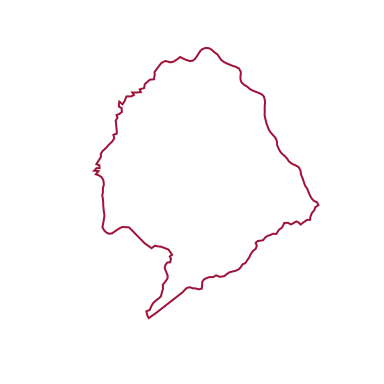 outline of Santa Tereza do Tocantins, Tocantins, Brazil, rotated 126°
{"feature_id": "56859067B62208923479169", "entity_name": "Santa Tereza do Tocantins", "entity_type": "district", "adm_level": 2, "iso_a3": "BRA", "parent_name": "Brazil", "parent_adm1": "Tocantins", "projection": "orthographic", "projection_center": [-47.736, -10.292], "detail": "fine", "context": "isolated", "style": "outline", "palette": "rose", "viewbox_px": 384, "rotation_deg": 126, "n_neighbors": 0, "source": "geoboundaries", "source_scale": "gbopen_adm2", "svg_char_len": 2908}
<svg xmlns="http://www.w3.org/2000/svg" viewBox="0 0 384 384"><g transform="rotate(126 192 192)"><path d="M319.5,152.9L311.7,150.2L278.4,140.6L275.0,140.3L272.3,139.6L270.1,137.5L269.6,135.0L268.0,132.7L266.8,129.3L264.4,127.3L261.1,129.3L258.5,130.9L255.7,131.0L252.8,129.4L250.4,127.7L248.3,124.8L245.3,123.5L244.2,119.5L241.2,116.5L237.6,115.5L234.8,114.4L232.5,112.5L230.0,110.3L226.6,108.6L223.7,108.4L220.8,108.6L218.2,107.1L215.1,107.2L211.1,107.3L207.6,108.0L204.2,108.1L200.5,107.1L197.4,107.9L195.8,110.6L192.8,109.9L191.2,108.0L189.2,106.2L185.5,106.0L182.8,104.9L180.4,103.1L178.1,101.9L176.4,99.1L173.6,99.4L171.1,99.4L168.4,98.4L165.9,98.5L162.8,99.2L160.5,96.2L160.1,92.9L157.9,91.8L154.5,90.3L154.0,87.8L154.5,85.0L150.8,83.9L146.9,82.5L145.0,80.1L142.6,81.6L138.9,82.6L134.8,82.4L131.7,83.3L128.3,82.0L126.8,84.8L127.5,88.0L127.0,90.9L125.6,94.3L123.7,97.5L121.6,100.7L120.4,104.2L118.4,107.1L116.1,110.3L113.9,113.9L110.8,117.0L109.2,120.2L109.6,124.0L110.5,128.2L110.2,131.7L109.0,135.0L108.4,138.0L108.2,141.2L107.5,144.3L105.6,148.1L103.8,150.9L101.1,153.1L99.2,156.1L98.4,159.7L97.6,163.4L96.4,166.5L94.4,169.6L92.7,172.1L90.8,174.3L88.8,176.8L86.8,178.7L84.5,180.2L82.4,181.8L79.8,183.6L76.4,185.7L74.3,187.7L72.5,190.0L72.0,192.5L72.4,195.2L73.1,198.1L74.2,202.2L74.7,205.7L74.3,208.9L74.7,212.9L74.2,216.4L72.7,218.6L70.7,220.3L68.6,221.5L66.2,223.0L64.5,226.5L65.1,230.5L66.1,233.5L66.7,235.9L67.5,239.2L68.1,243.0L68.0,245.9L67.1,248.6L65.8,252.1L65.7,256.9L65.3,260.1L65.8,263.0L67.5,265.8L70.6,267.7L73.1,268.2L76.4,268.0L79.8,267.8L83.0,267.9L85.4,268.7L87.5,271.0L88.7,274.9L89.4,278.2L89.7,280.9L93.7,282.1L97.4,283.6L99.6,285.4L101.6,290.5L105.6,292.6L109.6,292.8L113.1,292.8L117.1,292.8L119.2,291.0L123.2,289.1L125.9,292.1L132.5,293.6L136.0,291.8L139.7,294.6L141.3,292.1L144.3,295.6L146.6,298.8L147.7,296.0L150.4,297.4L153.2,301.2L158.3,299.9L161.9,299.8L161.6,303.9L163.8,302.9L165.9,301.2L165.4,298.3L168.5,295.8L171.7,296.7L174.1,298.3L175.7,295.9L179.1,295.7L182.5,292.6L185.3,290.1L188.9,287.2L192.0,289.2L194.1,286.5L197.7,286.2L202.8,287.1L205.8,287.3L211.3,288.4L214.7,288.2L217.2,286.3L225.7,285.7L224.8,282.7L227.0,280.8L228.9,283.2L232.3,283.7L230.1,279.9L234.2,280.2L233.3,277.4L233.1,274.0L234.3,271.1L236.2,269.0L238.3,267.4L241.0,266.5L244.6,263.9L247.4,262.7L249.4,260.6L251.9,258.3L254.9,256.0L259.0,252.4L262.5,249.0L267.7,246.3L273.1,243.8L274.7,240.5L275.1,237.3L274.5,234.4L272.4,232.4L266.3,230.2L263.3,229.0L261.1,227.6L257.6,222.1L261.3,200.1L261.2,191.7L257.2,190.4L256.1,187.8L254.4,184.8L252.4,177.2L253.5,173.9L254.5,171.2L257.2,172.1L258.4,169.8L261.6,168.3L263.6,170.5L266.4,170.7L269.5,169.5L272.2,165.3L274.0,162.5L276.3,161.0L279.3,160.9L284.2,161.1L287.0,158.8L292.0,156.9L294.4,155.9L296.8,156.1L299.7,157.1L304.6,158.1L307.5,157.9L312.2,156.9L315.4,158.8L318.1,155.6L319.5,152.9Z" fill="none" stroke="#9f1239" stroke-width="2"/></g></svg>